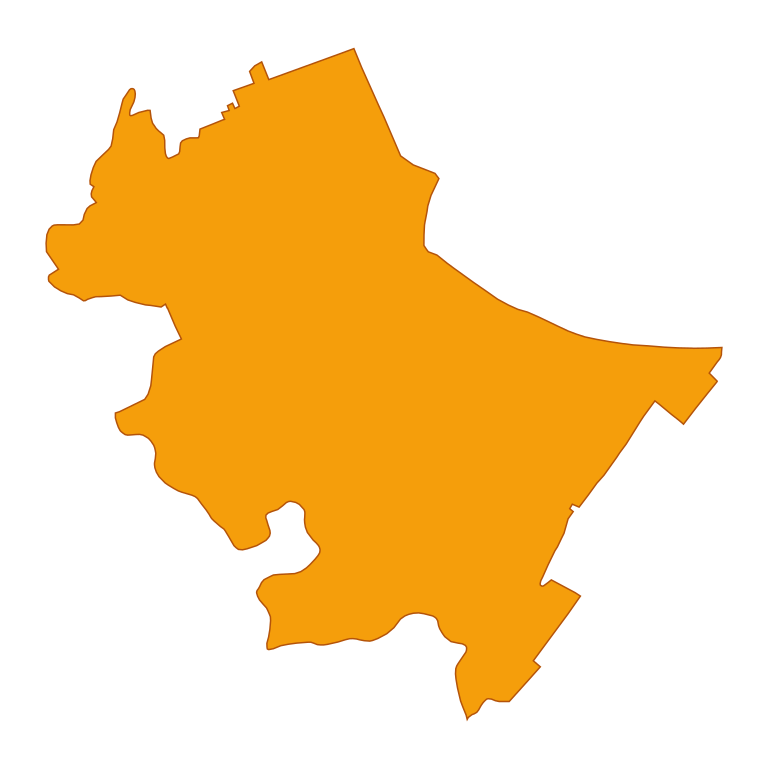 outline of Ninh Bình, Ninh Bình, Vietnam
{"feature_id": "81297802B33091662264636", "entity_name": "Ninh Bình", "entity_type": "district", "adm_level": 2, "iso_a3": "VNM", "parent_name": "Vietnam", "parent_adm1": "Ninh Bình", "projection": "albers", "projection_center": [105.965, 20.245], "detail": "fine", "context": "isolated", "style": "filled", "palette": "amber", "viewbox_px": 768, "rotation_deg": 0, "n_neighbors": 0, "source": "geoboundaries", "source_scale": "gbopen_adm2", "svg_char_len": 5209}
<svg xmlns="http://www.w3.org/2000/svg" viewBox="0 0 768 768"><path d="M467.2,719.4L468.3,717.4L472.0,714.6L474.2,713.8L476.8,712.3L478.7,709.8L480.0,707.4L481.2,705.3L483.2,702.5L484.7,700.9L486.5,699.2L488.1,698.7L491.5,699.1L495.4,700.7L499.1,701.5L509.2,701.5L529.6,678.8L540.3,666.8L533.3,660.8L568.1,613.7L580.4,596.1L575.2,592.7L551.3,579.9L548.0,582.6L543.5,585.9L542.0,586.2L540.4,585.2L540.1,583.8L540.8,580.7L542.7,576.9L548.0,565.0L554.9,550.8L557.4,546.9L561.6,538.1L564.0,533.3L568.1,518.8L573.2,511.6L569.7,508.7L572.3,504.2L579.1,507.1L588.3,495.0L596.9,483.1L603.9,475.3L616.8,457.2L619.6,452.9L626.2,444.0L640.1,421.7L643.7,416.2L654.9,400.9L658.8,403.9L665.8,409.7L671.2,414.2L678.6,420.0L681.8,422.7L683.5,424.2L695.6,408.4L707.7,393.2L716.8,382.0L717.2,381.2L709.2,373.1L717.1,362.1L719.1,359.7L720.5,357.5L721.4,354.8L721.5,351.8L721.9,347.5L706.9,348.1L693.4,348.3L692.4,348.2L678.3,347.9L664.6,347.2L648.7,345.9L632.9,344.9L626.3,344.0L622.5,343.6L609.8,341.7L596.7,339.4L584.8,336.9L576.3,334.1L568.1,331.0L557.0,325.8L539.7,317.5L527.5,312.1L518.0,309.4L508.5,305.1L497.6,299.2L486.4,291.3L473.8,282.6L453.8,268.2L446.8,263.0L437.0,255.1L428.3,251.8L426.3,249.1L423.9,245.5L424.0,234.7L424.5,224.9L425.2,220.8L425.3,220.5L427.0,211.6L427.8,206.0L431.0,195.4L435.1,186.7L438.9,178.6L435.0,173.4L427.1,170.3L413.2,164.9L400.6,155.9L383.9,116.9L378.6,105.4L361.7,67.6L353.9,48.6L351.5,49.5L317.3,62.0L268.8,79.6L261.7,61.9L254.8,65.8L249.6,71.4L254.0,83.3L233.2,90.7L239.3,106.2L235.4,108.3L234.9,108.5L232.5,103.2L227.5,105.7L229.2,110.5L221.7,112.5L224.6,119.4L223.1,119.8L213.8,123.6L200.0,129.1L199.2,136.1L198.3,137.8L195.4,137.9L189.9,137.9L186.3,138.9L182.3,140.8L180.6,143.0L180.1,146.7L179.7,151.5L178.7,153.9L172.5,157.0L168.8,158.5L167.5,158.0L166.3,156.3L165.4,153.5L164.8,148.0L164.7,140.4L164.2,137.6L163.7,135.2L160.6,132.5L158.7,131.0L156.1,128.4L154.4,125.8L152.6,123.3L151.1,118.1L150.1,110.4L147.6,110.3L138.8,112.5L132.4,115.4L130.7,115.7L129.9,115.3L129.7,114.6L129.7,112.6L130.2,109.6L133.5,102.7L134.0,101.4L135.0,97.4L135.3,93.9L134.9,91.1L134.2,89.5L133.2,88.8L132.3,88.6L131.0,88.7L129.5,89.8L126.3,94.6L123.2,99.1L121.9,103.8L119.7,112.7L117.0,122.0L113.7,129.7L113.6,130.6L112.7,138.8L111.1,146.1L108.6,149.4L102.4,155.3L96.1,161.4L93.3,167.5L91.0,174.8L90.0,180.6L90.2,184.2L93.9,186.7L91.9,190.8L91.2,193.9L91.6,196.9L95.1,201.0L96.3,202.6L90.1,205.8L87.1,208.5L84.3,214.3L83.0,220.1L79.3,224.0L73.3,224.9L57.6,224.8L54.1,225.1L52.2,226.0L49.1,229.2L46.9,234.7L46.1,243.2L46.5,251.7L58.5,269.2L49.3,275.1L48.5,276.9L48.5,279.7L48.9,281.3L54.5,286.9L60.8,290.8L67.3,293.6L73.5,294.8L79.1,297.9L83.5,300.8L85.4,300.6L87.6,299.3L92.2,297.7L95.8,296.7L101.1,296.6L111.4,296.0L120.3,295.2L123.5,297.2L127.8,299.9L135.3,302.4L145.5,304.9L150.6,305.4L161.1,307.0L165.5,304.1L167.2,308.0L167.5,308.0L175.2,326.1L181.4,339.0L165.3,346.6L158.4,351.1L155.3,353.8L154.9,354.6L153.7,356.9L153.2,362.3L151.5,379.7L150.8,385.7L148.1,394.2L144.7,399.4L119.5,411.7L115.4,413.0L115.4,417.9L116.7,422.6L118.4,427.3L120.1,430.5L121.1,431.6L123.1,433.2L125.2,434.6L127.6,435.1L129.8,435.0L136.0,434.5L139.7,434.4L143.0,435.1L146.0,436.8L148.4,438.3L150.8,440.9L153.7,445.2L154.7,447.8L155.3,450.4L155.8,453.3L155.3,458.7L154.5,463.1L154.5,464.8L154.9,467.8L156.4,472.2L159.0,476.6L161.5,479.2L165.1,482.9L168.3,485.1L173.9,488.5L178.3,490.9L182.1,492.3L192.0,495.2L195.3,496.7L197.5,498.5L201.6,504.1L206.2,510.0L209.3,514.6L210.1,516.1L211.6,518.5L214.1,521.0L220.4,526.5L223.9,529.0L225.2,530.8L228.6,536.4L231.9,542.1L234.0,545.7L236.0,547.6L238.4,549.4L242.5,549.8L247.1,548.8L256.8,545.6L262.6,542.3L266.0,540.3L268.3,537.7L269.5,536.0L270.2,533.2L269.9,530.5L268.0,524.8L266.7,520.3L265.8,517.9L265.9,515.2L268.1,513.0L271.8,511.5L277.8,509.5L282.6,505.8L286.4,502.5L288.7,501.5L290.7,501.3L295.7,502.4L299.4,504.4L304.1,509.6L304.8,511.8L304.9,513.5L304.7,517.6L304.5,519.6L304.7,522.8L305.4,527.1L307.4,532.5L313.1,540.0L316.2,542.9L318.2,545.2L319.2,546.7L320.0,549.2L320.0,550.9L319.6,552.9L318.0,555.6L314.9,559.4L309.7,564.9L306.3,568.0L300.9,571.6L294.8,573.6L287.6,574.0L279.5,574.4L273.4,575.0L269.8,576.7L264.1,579.6L261.6,582.5L260.8,584.1L259.6,586.7L258.3,588.9L257.1,590.5L256.6,592.1L256.7,593.2L257.6,596.2L259.5,599.9L263.4,604.5L266.5,607.9L267.8,610.5L269.5,614.4L270.4,616.7L270.6,620.7L269.9,629.2L268.6,637.0L266.9,643.3L267.0,647.0L267.3,648.9L268.3,649.5L269.3,649.5L273.4,648.7L280.8,645.7L288.5,644.2L296.7,643.1L308.1,642.2L310.9,642.2L313.8,643.2L317.3,644.6L320.3,644.9L323.8,644.9L327.3,644.4L338.0,642.0L345.4,639.7L349.6,638.7L352.9,638.6L356.6,639.0L359.6,639.8L364.3,640.7L369.8,641.1L372.5,640.5L377.8,638.5L386.8,633.7L393.9,627.7L400.5,619.0L401.5,618.3L404.9,615.9L408.8,614.3L413.5,613.2L418.7,612.9L423.9,613.7L432.6,615.9L434.6,617.0L436.3,618.4L437.7,620.8L438.6,625.7L439.7,628.7L441.7,632.2L443.2,634.5L444.8,636.7L447.6,638.9L451.0,641.6L452.9,642.0L458.0,643.1L462.3,643.8L465.4,645.4L466.5,647.1L466.6,648.2L466.5,650.1L465.9,652.1L462.9,656.5L458.1,663.6L456.7,666.0L455.8,668.7L455.5,673.9L456.0,679.0L457.5,687.9L460.6,701.0L462.9,707.1L466.1,715.0L467.2,719.4Z" fill="#f59e0b" stroke="#b45309" stroke-width="1.5"/></svg>